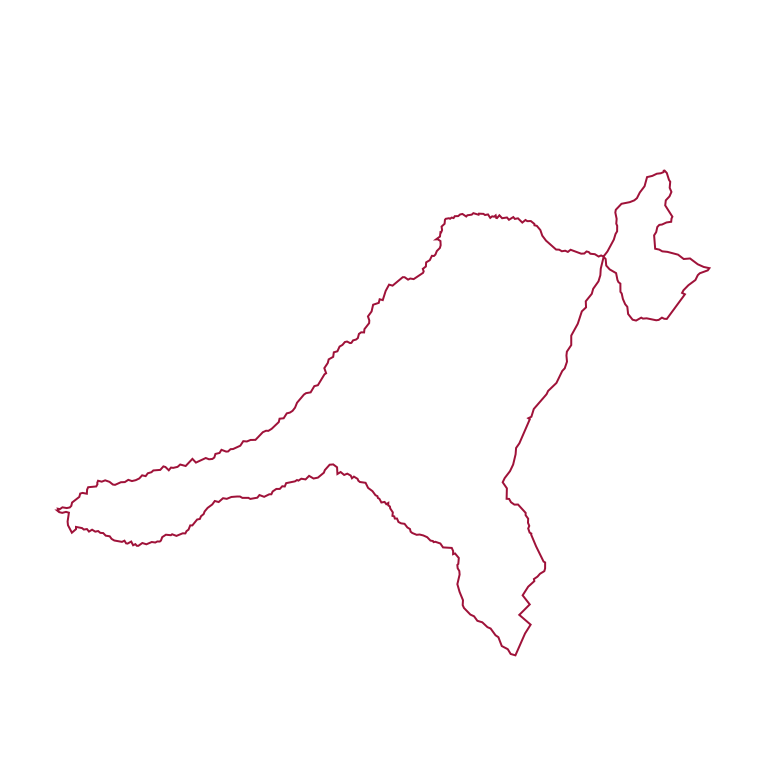 the district of Fusagasugá, Cundinamarca, Colombia, rotated 8°
{"feature_id": "7082276B51871988442122", "entity_name": "Fusagasugá", "entity_type": "district", "adm_level": 2, "iso_a3": "COL", "parent_name": "Colombia", "parent_adm1": "Cundinamarca", "projection": "robinson", "projection_center": [-74.414, 4.327], "detail": "fine", "context": "isolated", "style": "outline", "palette": "rose", "viewbox_px": 768, "rotation_deg": 8, "n_neighbors": 0, "source": "geoboundaries", "source_scale": "gbopen_adm2", "svg_char_len": 6144}
<svg xmlns="http://www.w3.org/2000/svg" viewBox="0 0 768 768"><g transform="rotate(8 384 384)"><path d="M669.5,253.3L666.5,252.3L667.5,249.5L671.7,243.8L677.9,237.7L679.6,232.5L681.3,230.4L688.8,226.4L690.1,224.0L684.3,223.6L678.1,221.8L669.6,217.1L663.4,218.5L657.2,215.0L646.3,213.7L641.1,213.9L637.9,212.6L633.7,212.3L630.8,199.2L632.4,195.7L632.8,190.5L634.5,188.1L637.1,187.4L641.3,184.7L645.8,183.4L645.7,180.1L646.3,178.2L637.6,168.0L637.5,162.9L640.6,158.5L641.9,153.8L639.6,150.0L639.3,143.9L637.8,142.2L634.7,135.7L632.1,133.6L631.3,133.9L631.3,135.3L628.7,136.8L624.9,137.8L620.7,140.6L615.7,142.5L614.5,151.9L610.7,158.7L608.6,164.8L606.3,167.3L602.1,169.7L594.1,172.5L589.3,179.2L589.2,182.0L591.4,188.1L591.7,192.9L592.9,194.9L593.6,200.4L592.4,203.2L591.5,209.0L586.8,221.7L583.6,227.3L581.1,226.5L578.8,227.9L574.7,226.1L570.2,226.3L568.3,224.8L566.1,224.6L564.2,226.9L561.1,227.5L550.1,225.1L547.7,227.6L544.9,226.8L541.6,227.8L538.8,226.6L535.7,226.9L524.5,219.5L520.1,215.1L517.4,209.8L513.3,206.1L510.9,205.9L510.6,204.5L506.7,202.2L503.2,202.8L501.3,201.9L498.5,204.9L493.6,201.3L490.6,202.3L488.8,200.7L484.9,204.0L482.6,202.0L477.9,203.4L474.8,200.9L472.8,204.0L472.0,203.9L471.1,201.5L469.8,203.0L467.8,202.9L466.1,204.7L463.4,201.6L460.5,202.6L458.8,201.7L454.3,202.1L454.1,203.2L448.7,202.4L447.3,204.1L443.1,205.3L442.1,206.7L438.0,204.7L435.8,205.5L434.1,207.4L430.7,208.0L429.8,210.0L427.8,209.8L426.4,211.2L425.3,210.8L422.2,211.8L421.5,212.9L421.7,216.9L419.1,220.1L420.1,223.5L419.5,225.9L418.8,225.8L418.9,230.2L415.5,233.5L417.1,233.2L420.0,234.6L420.8,238.7L420.4,241.5L417.8,245.0L416.9,248.7L415.6,250.3L413.6,250.4L412.1,255.0L408.8,257.7L409.1,261.8L406.4,264.6L407.6,266.9L407.2,268.5L398.8,276.0L395.3,275.9L393.3,277.3L389.6,275.4L387.7,275.6L378.8,285.4L375.2,284.9L372.7,291.6L371.1,301.1L367.9,300.7L367.5,304.4L362.2,307.0L361.6,313.9L358.7,319.3L360.6,323.1L360.8,325.8L357.0,332.4L357.1,335.7L354.2,336.0L352.2,337.9L351.7,342.2L350.1,343.9L347.3,345.1L346.0,347.8L344.7,348.2L341.5,347.1L339.4,347.9L337.4,351.1L334.8,353.1L333.3,358.1L329.9,359.6L329.9,364.2L325.8,367.3L325.4,371.0L322.7,376.6L325.2,381.4L323.7,382.7L318.7,394.4L315.3,395.8L312.5,402.5L308.1,403.9L306.2,405.6L300.5,414.6L299.2,419.8L297.2,423.3L294.8,425.4L291.8,426.6L289.4,431.9L285.4,432.9L285.1,436.3L279.0,444.0L276.0,446.5L273.7,446.7L270.7,448.6L264.5,457.2L259.6,458.0L256.2,460.0L252.6,460.2L250.3,465.1L243.6,469.4L241.1,469.9L239.0,472.5L237.1,472.9L232.2,471.8L230.7,475.2L226.8,476.7L226.2,480.4L224.5,482.1L221.2,482.9L217.8,482.1L208.7,488.0L204.7,484.8L199.0,492.8L193.4,492.1L191.1,494.8L186.9,496.4L184.7,496.4L182.9,499.4L179.1,496.6L177.0,496.3L174.4,500.2L167.6,501.7L166.0,503.7L162.5,505.3L160.8,508.4L157.2,508.1L154.8,511.6L151.5,513.8L147.9,515.2L144.1,514.5L141.0,517.2L137.1,517.9L131.7,521.3L129.5,521.3L125.8,519.1L121.3,518.2L118.1,520.0L114.3,519.6L113.8,521.8L114.2,523.1L113.3,525.5L105.4,527.4L104.7,529.9L105.0,534.0L100.6,533.8L98.4,534.8L98.0,538.2L91.6,544.8L91.3,548.2L90.0,550.0L87.1,551.0L82.7,550.9L80.5,553.0L78.4,552.9L79.2,554.5L77.9,554.7L80.2,556.1L83.3,556.4L86.9,554.9L89.9,555.3L89.8,564.2L90.7,567.8L95.6,574.7L99.2,570.6L98.9,568.4L105.0,568.7L107.0,569.9L110.0,569.0L112.4,571.2L115.2,568.9L118.6,570.4L121.4,569.4L123.8,570.9L126.7,570.7L129.5,572.9L133.6,573.0L135.8,575.3L138.7,576.5L146.5,576.8L148.8,575.3L150.8,577.7L152.3,577.7L155.6,575.2L158.0,578.6L160.1,577.2L161.7,578.6L163.3,578.4L166.8,575.1L171.0,575.8L176.0,572.8L179.6,572.8L181.4,571.5L183.9,571.2L184.9,570.1L185.7,566.5L189.0,563.6L194.0,563.4L195.1,562.3L199.6,563.3L205.4,559.9L208.1,559.6L208.9,557.2L210.7,555.4L211.8,551.0L213.9,550.7L217.8,544.2L220.4,543.3L221.2,540.4L223.5,537.9L224.1,535.2L226.6,531.2L230.7,527.2L232.7,523.4L236.7,523.9L240.5,519.5L244.3,519.6L248.6,517.1L254.5,515.8L257.1,515.5L259.6,516.5L265.5,515.6L267.6,516.4L274.4,514.2L276.1,511.3L281.0,512.4L285.7,509.2L287.8,508.9L288.7,505.9L292.0,502.9L295.4,502.4L297.5,499.4L300.0,499.3L300.9,495.8L309.4,492.8L311.2,491.2L312.7,491.6L315.3,489.3L319.6,489.4L322.6,485.4L327.4,487.4L331.6,485.9L336.8,480.2L337.4,477.5L341.4,471.5L344.9,470.7L349.1,473.0L350.4,479.6L353.3,477.2L357.2,479.6L360.1,477.9L363.8,479.3L365.4,481.8L367.1,479.9L371.0,481.6L372.0,483.3L373.8,484.4L379.5,484.4L382.7,489.1L387.5,491.7L391.0,495.3L393.1,496.0L393.8,497.7L395.4,498.3L397.9,501.7L401.0,500.7L403.0,502.7L404.8,501.2L405.1,503.6L406.9,504.5L407.5,506.4L410.6,509.9L410.7,513.4L412.6,513.7L413.4,515.7L415.6,515.4L417.5,518.6L420.3,519.6L423.8,519.6L427.1,522.8L429.9,524.0L430.9,526.5L432.7,527.6L437.3,528.8L440.2,528.1L444.0,528.5L448.1,529.7L451.8,532.6L454.3,532.7L455.1,533.7L456.8,533.1L462.0,534.1L465.2,537.6L473.9,536.9L475.7,539.8L476.1,542.9L477.9,541.9L482.3,545.9L482.6,551.8L481.8,553.0L482.6,556.2L484.6,558.7L485.4,562.2L484.5,572.0L487.8,579.4L492.3,587.1L492.7,592.0L494.4,594.7L501.6,600.3L505.5,601.5L509.4,605.5L514.5,606.3L520.3,610.4L523.6,611.3L529.4,617.3L532.5,618.8L537.1,627.1L543.5,629.4L547.0,633.7L551.9,634.4L558.4,611.4L562.7,601.9L550.1,593.8L559.0,582.0L550.7,574.0L555.0,564.6L560.3,558.3L559.6,556.3L562.8,553.4L564.9,550.2L568.8,547.0L569.2,544.2L568.4,538.3L566.7,537.6L557.2,523.6L550.7,512.7L550.7,511.6L548.9,510.9L546.9,507.0L547.6,504.3L545.9,501.4L545.5,497.3L542.5,494.2L542.2,491.9L533.5,484.7L529.9,485.3L526.2,483.4L523.9,480.4L521.4,480.6L520.2,470.2L515.2,464.8L516.6,460.4L520.9,452.8L523.1,445.8L524.1,435.3L523.7,429.0L526.3,423.9L533.0,399.7L533.3,398.6L531.7,397.8L534.5,395.9L535.8,387.9L546.4,371.5L547.5,368.0L554.6,359.0L558.7,346.3L560.8,343.3L562.1,336.4L560.7,330.4L560.6,326.5L564.0,319.4L562.7,310.0L567.5,297.4L569.8,284.5L573.4,280.0L572.3,274.0L577.2,265.8L577.9,260.6L582.1,252.5L583.1,246.2L582.6,239.7L583.8,227.5L586.1,229.4L587.6,235.8L591.5,239.1L598.4,241.9L600.7,248.5L602.0,250.5L604.1,251.7L605.3,259.8L606.8,261.3L608.7,266.5L611.7,271.4L614.2,273.7L616.0,280.7L621.2,285.7L624.8,286.1L629.5,282.5L631.3,283.2L635.0,282.4L644.7,283.0L647.1,282.3L650.0,279.6L652.4,280.4L655.0,280.2L669.5,253.3Z" fill="none" stroke="#9f1239" stroke-width="2"/></g></svg>